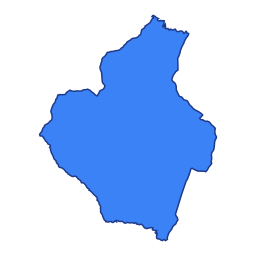 the district of Iguatemi, Mato Grosso do Sul, Brazil
{"feature_id": "56859067B32573780362685", "entity_name": "Iguatemi", "entity_type": "district", "adm_level": 2, "iso_a3": "BRA", "parent_name": "Brazil", "parent_adm1": "Mato Grosso do Sul", "projection": "mercator", "projection_center": [-54.542, -23.417], "detail": "fine", "context": "isolated", "style": "filled", "palette": "blue", "viewbox_px": 256, "rotation_deg": 0, "n_neighbors": 0, "source": "geoboundaries", "source_scale": "gbopen_adm2", "svg_char_len": 5761}
<svg xmlns="http://www.w3.org/2000/svg" viewBox="0 0 256 256"><path d="M58.6,166.3L59.3,167.2L60.7,167.6L62.1,168.0L62.7,168.4L64.5,169.9L66.1,172.0L67.7,173.1L68.2,174.1L69.0,174.3L69.6,175.0L70.9,175.7L72.2,176.5L73.3,176.5L74.6,176.2L76.3,176.4L76.8,177.3L77.5,177.9L77.9,178.7L80.0,180.2L80.7,180.6L81.0,181.8L81.5,182.8L82.6,182.7L83.9,183.2L85.1,184.4L86.4,186.3L86.8,187.3L87.5,188.1L88.2,188.5L89.1,189.0L89.0,190.2L89.8,190.3L90.4,191.1L91.6,192.0L92.3,192.7L93.3,194.0L94.4,195.0L96.0,196.4L96.8,197.3L97.5,198.8L96.9,200.0L97.7,200.4L98.2,201.5L99.0,202.5L99.1,203.9L99.6,204.7L100.5,206.2L100.6,207.2L100.4,208.3L100.6,209.7L100.6,212.2L101.3,213.4L102.0,214.3L102.5,215.1L102.7,216.4L103.2,217.4L103.5,218.4L104.2,219.6L104.7,220.4L105.7,220.8L105.8,221.7L106.7,221.7L107.9,222.1L109.1,221.8L110.3,221.5L111.2,221.5L111.9,222.2L112.8,222.5L113.7,222.2L114.2,221.5L114.8,221.0L116.5,221.8L116.3,220.5L117.5,220.5L119.0,221.4L120.7,221.5L122.2,221.3L123.3,222.0L124.1,222.9L125.1,223.1L126.1,223.0L127.5,222.4L130.0,223.0L131.6,222.6L132.8,222.9L133.9,223.3L135.9,222.7L136.4,224.0L137.9,224.2L139.4,224.7L141.4,224.2L142.7,225.3L143.3,226.1L143.8,226.9L144.3,227.6L145.1,228.1L146.2,228.5L147.4,228.5L148.4,228.0L149.2,228.0L151.4,227.5L152.9,228.0L152.3,229.3L152.9,230.0L154.2,230.3L155.5,230.6L156.7,230.6L156.2,231.7L155.3,232.7L156.1,233.6L157.0,233.1L157.3,234.1L156.8,234.9L156.6,235.9L156.5,237.0L156.7,238.2L157.4,238.8L158.3,238.9L159.5,239.0L161.0,240.1L162.4,240.6L163.4,239.7L164.5,239.8L165.3,240.6L166.6,240.0L167.4,239.2L167.3,237.4L168.3,234.3L168.7,233.4L169.2,232.5L169.8,231.6L171.1,229.9L171.9,228.8L172.3,227.6L172.9,226.6L173.8,225.5L174.8,224.7L175.6,224.1L176.1,223.2L176.5,222.0L177.9,219.9L177.4,218.4L177.2,217.3L176.4,216.4L175.9,215.3L175.4,214.5L181.6,194.3L186.1,181.2L186.7,180.3L187.4,179.1L188.7,175.7L189.1,174.8L189.6,173.1L189.9,172.0L190.3,171.1L190.6,169.7L190.9,168.9L192.2,168.2L193.4,169.1L194.5,169.5L195.9,170.3L197.3,170.9L198.8,171.1L202.8,171.2L203.8,171.1L205.7,171.7L207.0,170.4L207.7,169.3L208.6,167.4L210.5,165.1L211.3,164.1L211.7,163.2L211.1,162.0L211.3,160.9L211.6,159.5L211.7,158.0L211.5,156.2L211.4,153.7L212.1,152.3L213.2,150.6L213.8,149.4L214.2,147.3L214.3,146.0L214.4,145.0L214.7,141.5L215.1,140.4L216.4,137.7L216.4,136.7L215.6,135.2L215.2,134.1L215.0,133.2L214.8,132.0L214.9,131.0L215.0,130.2L215.1,129.2L215.3,128.4L214.0,126.8L211.6,124.9L209.9,122.7L209.2,121.9L208.2,121.6L207.2,121.1L206.1,121.5L204.4,120.8L202.6,119.7L201.6,119.9L200.7,119.4L199.6,118.3L200.2,117.6L201.3,116.8L202.0,115.9L202.7,115.1L202.1,114.3L200.7,113.1L199.5,112.3L197.6,111.1L196.2,110.5L194.9,109.9L194.2,109.2L193.2,108.5L192.4,107.7L191.9,106.9L190.1,105.3L189.3,104.4L188.4,102.6L187.7,101.4L187.2,100.8L186.3,100.4L185.2,100.2L183.8,99.7L182.8,98.4L182.3,97.6L181.5,97.0L179.5,96.4L178.7,95.2L178.3,94.1L177.5,92.6L176.8,91.0L176.2,89.3L176.3,87.9L176.2,86.5L176.0,85.4L175.5,84.2L174.7,82.8L173.3,81.8L172.3,80.7L171.8,79.8L172.3,78.0L173.0,75.8L173.7,74.6L175.0,72.8L175.7,71.7L176.8,70.9L178.0,69.9L177.7,58.1L178.5,56.9L179.3,54.8L179.9,53.0L180.5,50.3L181.2,48.5L181.6,47.4L183.0,44.6L183.7,43.3L184.2,42.1L184.7,40.7L185.3,39.5L185.8,38.8L186.2,37.9L186.9,37.1L187.7,36.1L188.4,34.8L188.6,33.5L187.1,33.1L186.7,32.1L186.1,31.3L185.4,31.9L184.8,33.0L184.0,33.4L182.5,31.4L181.6,31.1L180.7,31.0L179.8,31.1L178.4,31.6L177.1,31.5L176.0,30.6L175.5,29.2L174.2,29.4L173.2,30.1L172.3,30.0L171.4,29.4L170.1,29.1L169.6,30.1L168.6,29.7L168.0,28.5L166.5,28.7L165.3,28.4L165.6,27.1L165.5,25.9L165.3,24.4L164.6,25.5L163.9,26.9L163.0,27.0L162.8,25.7L163.9,24.5L164.0,23.0L164.2,20.8L163.3,20.6L162.5,20.7L161.5,21.1L160.8,20.4L159.7,20.7L158.9,21.1L158.2,20.6L157.4,19.9L157.6,19.0L158.4,18.6L157.3,18.0L155.9,17.3L155.1,16.3L154.1,16.0L153.4,15.4L152.6,15.7L152.0,16.6L153.1,16.9L153.5,18.1L152.5,18.5L151.9,19.3L151.4,20.3L150.7,21.3L150.1,22.6L148.0,24.2L146.0,25.5L145.0,26.1L145.1,27.3L143.0,28.9L141.8,29.6L141.4,30.9L141.2,32.3L140.8,33.9L140.1,34.9L139.2,35.4L138.1,36.9L137.0,37.4L135.9,37.9L134.8,38.1L132.8,38.3L131.4,39.1L130.3,40.1L128.0,41.4L126.9,42.2L126.2,43.5L125.3,44.3L124.3,45.1L122.8,47.3L121.5,47.9L120.8,48.8L120.0,49.5L119.2,50.1L118.4,50.3L117.4,50.5L115.8,50.7L114.6,51.0L112.2,51.5L111.1,51.5L110.3,51.6L109.5,52.2L108.3,52.3L107.4,52.4L106.8,53.2L106.3,54.0L105.9,54.8L105.4,55.6L104.7,56.3L103.0,57.6L102.3,58.5L101.9,59.4L101.9,60.5L101.4,62.3L101.0,63.3L100.8,64.4L100.5,65.5L100.0,66.5L100.0,67.6L100.1,68.7L100.4,69.6L101.0,71.1L101.6,72.6L102.2,81.0L102.5,82.4L103.3,83.8L104.0,84.4L104.9,85.5L104.3,87.7L103.5,88.9L102.3,89.8L101.2,90.1L100.1,90.7L99.4,91.8L99.1,92.6L98.6,93.6L97.9,94.6L97.2,95.8L96.1,95.6L95.1,94.8L94.5,94.3L94.1,93.6L93.4,93.0L92.6,92.7L91.0,91.2L90.1,90.3L88.8,89.8L87.8,89.2L85.4,89.7L83.4,89.8L82.4,90.4L81.6,90.9L80.5,91.1L79.2,91.0L78.0,91.0L77.2,90.9L76.3,90.9L74.8,91.3L72.8,91.2L71.7,91.0L70.9,90.6L70.1,90.2L69.2,90.6L68.4,91.2L67.6,91.7L66.5,92.5L65.8,93.6L65.2,94.5L62.3,94.7L60.4,94.6L59.1,94.7L57.9,95.0L57.4,96.3L57.1,97.9L56.4,98.6L55.8,99.5L55.5,100.9L55.1,102.2L54.6,102.9L53.8,103.8L53.0,105.0L52.2,106.9L51.8,108.2L51.2,109.8L50.9,111.4L51.2,112.7L52.0,114.9L52.0,116.0L52.1,117.4L52.1,118.8L51.6,119.7L51.0,120.6L50.1,121.0L49.2,122.2L48.3,123.1L47.1,123.9L45.2,124.9L44.4,125.8L44.1,127.0L43.3,127.7L42.8,128.7L42.2,130.2L41.8,131.5L40.1,133.5L39.6,134.7L40.1,135.9L42.2,136.1L43.1,136.8L43.6,138.0L44.3,138.8L45.1,139.8L45.4,140.9L46.3,141.6L47.3,142.6L47.9,143.9L50.3,145.2L50.4,146.4L49.6,147.3L50.1,148.1L50.6,149.0L50.5,150.4L51.0,151.3L51.2,152.2L52.0,153.9L53.2,156.4L54.1,158.9L54.7,159.6L56.1,160.7L56.1,161.8L56.7,162.7L57.0,163.6L57.9,163.9L58.3,164.7L58.6,166.3Z" fill="#3b82f6" stroke="#1e3a8a" stroke-width="1.5"/></svg>